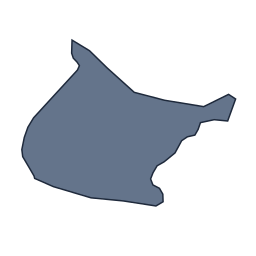 an SVG outline of Yumbe, rotated 281°
{"feature_id": "UGA-3086", "entity_name": "Yumbe", "entity_type": "District", "adm_level": 1, "iso_a3": "UGA", "parent_name": "Uganda", "parent_adm1": "", "projection": "robinson", "projection_center": [31.315, 3.455], "detail": "fine", "context": "isolated", "style": "filled", "palette": "slate", "viewbox_px": 256, "rotation_deg": 281, "n_neighbors": 0, "source": "natural_earth", "source_scale": "10m", "svg_char_len": 662}
<svg xmlns="http://www.w3.org/2000/svg" viewBox="0 0 256 256"><g transform="rotate(281 128 128)"><path d="M179.9,68.4L182.8,65.6L183.0,65.4L186.1,61.0L190.7,58.4L203.6,56.3L196.5,75.5L182.9,96.2L164.2,127.3L162.2,158.6L163.4,198.2L180.2,220.3L177.0,228.1L153.9,224.5L152.6,211.0L147.1,198.1L140.0,197.1L133.8,195.0L130.7,188.0L125.8,183.1L112.5,178.9L101.7,169.9L96.5,163.8L88.9,161.1L82.3,159.9L76.9,163.3L74.8,170.4L69.7,174.8L62.3,176.5L56.8,170.3L55.5,137.2L52.4,105.0L56.2,66.0L60.7,46.0L63.0,44.9L70.1,38.7L79.8,30.1L86.6,27.9L99.0,28.0L109.7,29.6L120.0,33.4L141.7,46.7L175.2,67.3L179.9,68.4Z" fill="#64748b" stroke="#1e293b" stroke-width="1.5"/></g></svg>